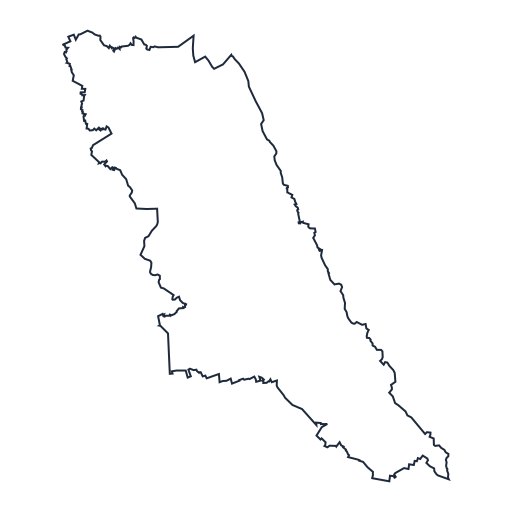 Atoyac, Veracruz, Mexico
{"feature_id": "50627088B15987380837011", "entity_name": "Atoyac", "entity_type": "district", "adm_level": 2, "iso_a3": "MEX", "parent_name": "Mexico", "parent_adm1": "Veracruz", "projection": "albers", "projection_center": [-96.804, 18.924], "detail": "fine", "context": "isolated", "style": "outline", "palette": "slate", "viewbox_px": 512, "rotation_deg": 0, "n_neighbors": 0, "source": "geoboundaries", "source_scale": "gbopen_adm2", "svg_char_len": 5944}
<svg xmlns="http://www.w3.org/2000/svg" viewBox="0 0 512 512"><path d="M168.0,333.4L169.8,373.8L172.5,373.6L171.9,371.3L176.7,370.5L185.7,370.5L187.7,377.6L190.8,376.3L188.4,369.6L189.9,368.7L193.6,370.1L196.4,369.7L197.0,371.1L198.8,372.6L198.9,372.2L200.7,372.2L202.7,376.4L205.3,375.6L206.7,378.3L218.9,374.0L219.6,382.2L222.8,381.0L226.5,380.8L230.7,378.6L232.0,383.6L239.4,380.7L239.2,380.1L243.1,378.7L244.2,379.7L248.6,378.7L249.4,379.1L254.3,376.6L255.8,379.4L256.2,381.8L260.5,380.6L259.3,376.8L261.8,377.7L263.8,379.6L262.4,380.7L263.4,381.1L263.3,383.0L266.6,382.8L268.5,381.3L269.2,381.5L270.4,379.3L271.8,382.2L276.9,380.5L276.7,385.4L277.4,387.3L283.6,395.1L285.2,397.9L292.5,405.0L302.1,409.1L316.4,425.1L316.2,422.6L320.8,423.0L320.9,424.1L327.3,424.0L321.8,427.1L316.5,435.6L320.5,439.5L321.6,438.4L325.6,442.3L325.2,445.1L324.5,446.0L327.4,447.3L329.6,445.7L335.9,445.9L336.3,446.6L339.6,442.2L341.2,445.4L343.6,446.6L343.1,447.3L345.9,449.6L345.8,450.6L346.8,451.4L348.1,454.4L349.0,455.2L348.1,457.1L357.2,459.4L359.4,460.1L359.2,460.7L363.1,461.9L367.6,467.3L372.9,471.8L372.9,475.1L372.2,478.2L389.3,481.3L390.0,475.7L393.5,476.2L394.6,477.7L395.2,477.3L395.7,476.8L394.2,474.5L395.2,473.1L404.0,468.1L408.5,469.0L409.1,464.3L413.8,465.0L414.7,460.9L416.9,461.2L417.9,458.1L420.2,459.0L422.7,455.6L427.2,458.4L428.0,460.1L426.4,462.9L429.8,466.2L434.1,468.4L434.4,471.3L436.6,474.4L437.9,475.4L448.8,479.3L448.0,477.6L448.3,473.9L447.1,470.6L447.4,469.1L446.7,468.2L446.1,465.8L446.6,462.3L445.9,459.9L446.6,457.9L448.3,456.3L448.4,453.9L445.7,452.3L444.4,449.9L441.1,447.8L439.1,445.4L435.2,445.9L433.9,444.9L433.7,438.5L429.6,436.8L430.4,434.6L430.5,432.6L426.9,432.2L425.1,434.0L411.3,417.4L407.4,415.4L405.6,411.5L398.3,405.2L395.1,403.1L392.8,396.4L389.2,392.7L391.9,389.4L391.9,387.7L391.0,384.9L395.4,381.8L394.7,372.9L393.3,370.1L389.4,365.9L387.4,362.6L385.1,362.1L383.7,364.7L380.1,360.9L381.9,359.3L382.7,357.1L382.4,351.3L381.1,349.9L376.9,349.9L375.1,346.8L372.6,345.5L372.6,343.5L370.4,340.7L370.6,339.5L369.2,338.0L366.9,337.8L366.7,336.2L367.4,332.7L368.7,329.9L366.4,328.5L365.6,324.0L362.1,324.8L356.7,322.0L354.7,323.7L353.5,323.7L351.4,322.6L348.4,318.5L347.4,316.3L346.6,312.1L344.7,308.9L345.0,302.9L343.4,297.7L343.2,295.2L340.5,291.1L342.1,287.1L341.2,284.7L339.0,283.6L334.5,284.4L330.3,279.9L328.4,273.1L328.9,272.9L327.8,271.2L327.8,269.1L325.1,265.3L321.6,257.8L321.1,255.5L322.0,250.2L319.7,250.9L319.3,250.5L319.0,249.5L320.1,249.1L317.5,247.5L317.1,245.3L313.2,237.9L314.9,235.4L314.3,232.8L315.6,232.0L314.9,228.5L310.2,228.4L308.8,227.5L308.2,226.5L308.6,224.3L303.3,222.9L302.5,222.3L302.7,221.7L300.9,222.1L300.3,223.4L298.8,223.3L298.6,222.3L299.6,222.0L299.7,220.9L298.2,213.9L298.5,212.7L297.7,211.9L297.2,210.2L298.2,209.3L297.7,207.6L295.8,206.2L294.7,204.5L296.4,204.0L295.2,201.8L294.4,199.0L291.5,197.4L292.3,194.9L287.3,192.4L287.3,189.4L286.7,188.6L286.8,188.0L288.0,187.4L287.8,185.8L284.0,184.9L282.9,183.6L282.2,177.3L280.7,172.8L280.8,171.0L276.6,165.0L274.7,160.2L274.3,156.4L276.3,153.5L276.4,151.2L273.4,145.7L270.0,142.1L269.3,140.7L267.0,139.4L262.6,131.1L261.1,124.0L263.7,120.2L262.1,113.2L255.7,101.2L248.9,86.7L248.3,81.0L244.6,71.9L239.0,63.6L234.8,59.2L232.9,56.4L231.7,56.0L231.3,54.8L223.0,64.4L214.1,68.8L212.2,66.9L208.5,60.6L205.2,56.6L195.1,62.2L193.3,55.6L192.8,48.2L193.6,35.7L178.1,46.8L158.0,47.3L154.6,46.4L153.4,47.2L150.7,46.8L149.4,50.0L147.0,49.4L146.3,48.5L146.9,46.0L145.8,44.8L144.2,44.4L141.4,39.5L136.6,37.8L135.5,36.7L134.7,37.9L133.6,37.4L133.1,38.1L133.6,41.3L133.5,45.1L131.7,44.9L130.5,43.3L129.6,44.8L128.0,45.8L121.8,46.5L121.2,47.3L119.8,46.8L119.7,49.1L117.9,47.6L116.7,48.8L115.5,48.1L114.0,51.5L113.2,50.6L114.0,48.4L111.7,47.2L111.5,47.8L109.8,45.7L108.8,48.1L106.8,46.1L104.0,45.3L100.3,40.0L100.5,36.7L99.8,35.6L98.2,35.7L94.6,34.4L92.4,32.6L87.5,30.7L80.3,34.3L78.7,34.5L75.8,39.7L73.8,34.7L68.3,36.7L70.4,41.3L63.2,44.5L63.5,45.1L64.6,44.9L65.5,47.6L68.0,47.8L66.3,49.9L66.6,51.2L66.0,52.4L64.7,52.0L64.0,54.0L65.4,56.8L66.9,58.4L66.3,59.2L67.5,62.5L66.9,62.9L69.8,63.8L69.6,66.0L70.3,65.9L71.6,69.5L71.2,69.6L71.8,72.2L73.8,75.3L72.7,80.8L82.3,85.9L81.8,88.8L85.3,88.9L84.7,92.3L80.7,92.3L80.5,93.7L82.2,94.6L82.3,95.3L84.7,95.1L84.1,96.1L83.6,100.5L81.3,101.5L82.1,103.7L81.5,105.2L81.7,107.4L81.0,107.4L80.9,109.3L82.5,110.1L82.1,111.6L82.9,112.0L82.5,113.4L85.7,114.2L84.9,115.7L84.0,115.3L83.5,116.5L84.1,120.9L85.2,120.6L85.9,123.8L87.2,123.9L86.6,128.5L88.5,128.8L89.8,130.5L92.8,130.2L94.3,128.6L96.2,130.3L98.9,127.6L99.8,128.4L99.1,129.4L100.6,130.5L101.6,128.9L102.4,129.3L102.9,128.3L103.3,128.4L103.2,129.1L105.5,129.6L106.6,126.4L108.5,127.6L111.5,133.6L93.0,145.2L91.8,148.1L90.7,148.5L91.0,150.2L92.0,151.3L91.3,154.9L99.1,162.2L98.8,163.3L99.8,162.8L100.6,163.3L101.9,161.7L105.4,161.6L106.5,160.5L107.0,161.4L104.2,164.5L105.6,166.3L106.1,165.8L107.7,166.0L110.3,169.1L112.3,167.2L113.2,167.6L112.6,169.7L114.1,170.1L115.0,167.6L116.1,168.1L116.1,168.6L120.2,170.2L122.1,174.7L126.2,179.2L128.1,185.6L130.0,187.2L132.2,190.5L131.8,192.5L129.7,195.6L129.8,196.5L134.8,203.3L136.4,208.5L146.6,209.0L157.1,208.7L157.8,221.9L157.3,224.0L156.4,225.9L151.8,230.8L148.5,236.2L145.1,237.9L144.1,240.9L144.4,246.2L140.5,254.8L144.8,258.8L150.2,260.7L151.4,262.7L151.1,267.2L150.1,271.2L150.1,272.4L150.9,273.8L152.8,275.0L155.1,275.2L157.7,274.5L159.8,275.7L159.9,279.1L159.1,279.8L158.6,282.2L160.9,287.6L163.9,288.5L173.6,295.1L172.7,296.8L172.3,299.2L172.7,299.7L174.8,299.6L176.8,297.7L179.0,296.7L180.1,300.2L182.8,303.0L186.9,304.5L185.8,304.6L185.5,304.2L185.0,305.0L185.1,307.0L184.3,307.4L183.2,307.0L183.3,308.1L179.0,308.4L176.7,311.1L176.8,311.8L174.4,314.1L171.4,315.3L170.8,315.0L170.5,315.6L169.8,314.8L169.3,315.7L165.2,315.8L164.7,316.6L163.7,316.3L164.1,314.5L163.0,315.1L162.6,313.9L158.1,316.2L159.9,325.2L159.3,325.6L160.4,325.8L168.0,333.4Z" fill="none" stroke="#1e293b" stroke-width="2"/></svg>